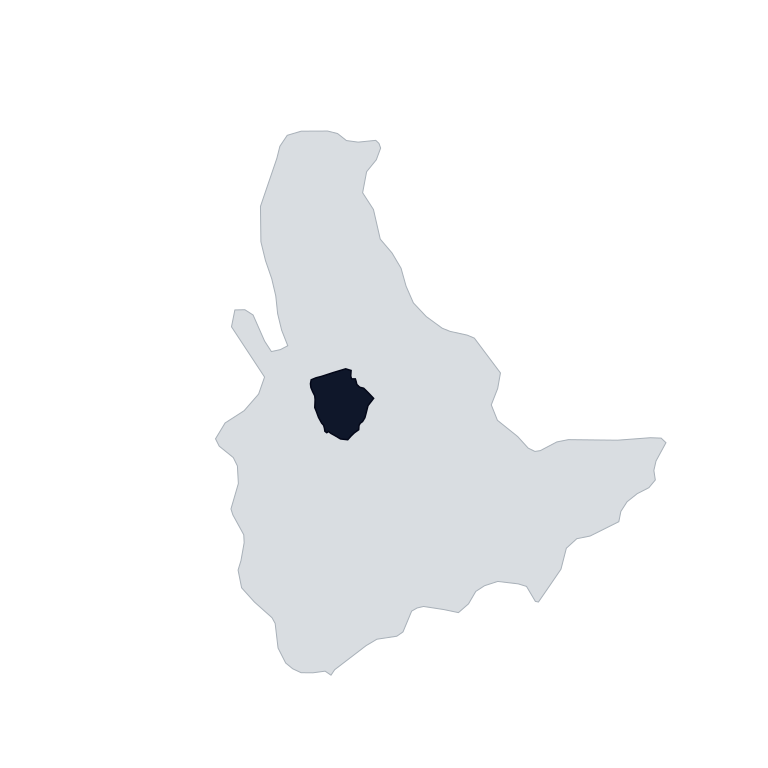 Sánchez Ramírez highlighted on a map of Dominican Republic, rotated 242°
{"feature_id": "DOM-1395", "entity_name": "Sánchez Ramírez", "entity_type": "Province", "adm_level": 1, "iso_a3": "DOM", "parent_name": "Dominican Republic", "parent_adm1": "", "projection": "equal_earth", "projection_center": [-70.165, 19.005], "detail": "fine", "context": "in_parent", "style": "filled", "palette": "ink", "viewbox_px": 768, "rotation_deg": 242, "n_neighbors": 0, "source": "natural_earth", "source_scale": "10m", "svg_char_len": 2141}
<svg xmlns="http://www.w3.org/2000/svg" viewBox="0 0 768 768"><g transform="rotate(242 384 384)"><path d="M152.2,526.7L153.0,494.6L156.9,481.6L153.4,467.9L137.4,453.3L127.6,434.6L119.0,418.0L121.0,415.6L138.4,414.8L144.5,408.7L156.3,391.7L158.7,378.1L157.8,367.7L150.2,355.4L147.2,342.4L156.7,331.0L169.0,314.5L170.7,308.1L170.5,301.8L156.2,284.4L155.3,276.9L162.0,257.9L161.4,245.4L154.9,206.3L151.8,200.5L158.1,197.2L162.4,185.6L168.0,175.3L175.4,169.7L183.8,166.2L200.6,166.5L223.7,175.5L230.2,175.4L252.4,167.2L270.9,162.6L288.2,167.8L295.2,174.8L309.5,186.0L316.7,189.4L339.3,189.1L345.5,190.2L364.5,208.7L380.5,216.1L389.8,216.4L406.5,209.3L414.7,209.5L424.2,225.4L426.1,248.0L434.0,268.6L446.2,281.8L506.1,276.2L519.4,287.1L514.9,296.0L506.4,300.8L477.9,298.7L465.5,299.8L463.0,308.7L463.0,317.0L479.6,318.9L496.0,323.1L512.6,329.8L529.6,334.3L548.6,337.3L567.4,342.1L598.8,358.3L633.5,395.3L642.8,403.7L649.0,415.3L646.1,429.6L633.8,453.0L626.9,460.6L616.6,465.1L609.7,474.7L603.0,491.1L598.8,492.5L593.9,491.8L585.6,482.5L579.6,468.3L562.9,454.9L543.0,456.6L513.7,448.7L495.9,452.6L478.2,453.4L460.0,449.4L441.8,448.0L423.6,453.0L405.9,461.6L399.4,467.1L388.1,480.4L382.1,485.3L339.1,492.0L326.7,482.3L315.2,468.9L298.7,467.1L274.7,477.4L259.7,481.2L253.6,485.6L251.8,490.7L251.7,509.4L248.3,520.7L224.8,563.7L211.5,594.0L206.1,603.3L199.8,605.4L188.3,588.0L181.0,581.7L171.9,578.5L168.1,569.2L168.3,556.1L165.9,543.3L160.3,533.3L152.2,526.7Z" fill="#d9dde1" stroke="#a8b0b8" stroke-width="1"/><path d="M376.2,368.1L372.4,359.7L366.2,354.1L363.2,351.3L360.9,347.4L360.5,344.6L359.1,342.4L355.5,340.2L354.8,334.9L353.5,330.4L351.8,325.8L355.9,319.8L361.7,316.3L365.2,314.0L368.4,312.5L368.1,311.9L367.9,311.4L367.8,310.6L367.4,310.8L370.0,309.6L372.8,310.6L375.9,311.3L378.8,310.6L385.2,310.5L391.6,311.4L395.7,311.8L399.4,314.0L402.7,315.9L406.1,317.3L410.6,317.4L415.2,317.8L418.8,319.2L421.9,321.7L421.4,326.9L420.1,332.2L417.9,344.7L415.4,357.3L411.4,361.3L406.7,358.4L403.8,357.7L402.0,361.1L399.4,360.6L396.4,359.8L392.6,361.0L389.8,364.1L383.7,366.0L376.2,368.1Z" fill="#0f172a" stroke="#020617" stroke-width="1.5"/></g></svg>